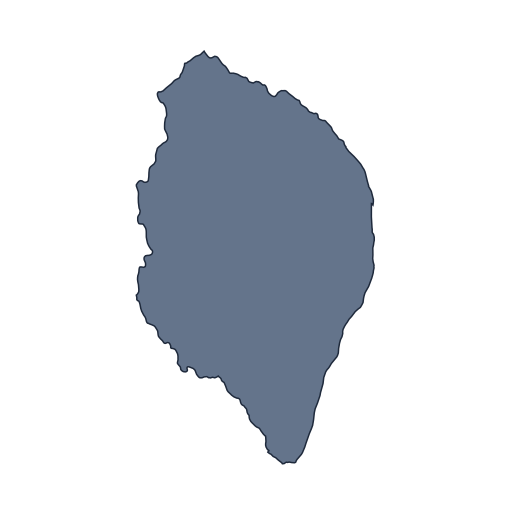 the district of Santana, Boyacá, Colombia, rotated 352°
{"feature_id": "7082276B99555261939009", "entity_name": "Santana", "entity_type": "district", "adm_level": 2, "iso_a3": "COL", "parent_name": "Colombia", "parent_adm1": "Boyacá", "projection": "equal_earth", "projection_center": [-73.497, 6.055], "detail": "fine", "context": "isolated", "style": "filled", "palette": "slate", "viewbox_px": 512, "rotation_deg": 352, "n_neighbors": 0, "source": "geoboundaries", "source_scale": "gbopen_adm2", "svg_char_len": 6076}
<svg xmlns="http://www.w3.org/2000/svg" viewBox="0 0 512 512"><g transform="rotate(352 256 256)"><path d="M360.2,160.1L359.6,159.4L359.0,157.7L358.8,155.3L358.2,154.2L357.0,153.2L354.2,151.6L352.7,148.1L351.1,145.7L349.5,143.0L349.0,141.5L348.7,139.8L348.1,138.4L344.6,133.6L343.7,132.1L342.9,131.4L340.9,131.1L338.2,129.6L337.2,128.6L336.8,127.6L336.9,126.2L336.7,124.5L336.2,123.7L335.2,123.0L333.6,123.1L332.7,122.9L330.8,121.6L329.9,121.4L328.9,120.6L328.0,119.6L327.6,118.3L326.8,117.0L326.0,116.0L322.8,113.5L321.8,112.5L321.1,111.1L320.9,109.5L320.4,108.0L318.7,107.2L316.6,105.5L314.5,103.1L311.2,99.8L309.0,97.0L307.9,96.3L306.6,96.1L305.6,96.1L304.5,95.8L303.4,96.0L301.3,96.9L300.1,97.7L299.1,99.0L297.4,100.5L296.0,100.6L294.5,99.9L293.5,99.1L291.4,96.7L290.8,95.4L290.3,94.0L290.2,92.1L289.6,89.9L289.0,88.5L288.2,87.8L286.5,87.6L285.5,86.6L284.5,85.3L282.8,83.8L282.2,83.9L281.1,83.3L280.0,83.3L277.4,84.3L276.0,83.8L273.9,82.8L273.1,82.1L271.9,78.8L270.4,77.6L269.5,77.6L268.2,77.2L265.8,75.7L263.2,73.6L261.4,72.7L259.0,71.8L256.2,71.5L255.3,71.0L253.9,67.5L252.6,64.8L251.8,63.6L250.3,62.3L249.1,60.7L246.0,54.5L245.3,53.6L244.4,53.0L242.9,52.5L239.8,53.6L238.2,53.5L237.3,53.0L236.2,51.8L233.7,47.4L233.1,45.9L228.9,48.9L227.1,49.4L224.3,49.8L221.8,51.0L217.9,53.5L215.3,54.5L214.3,55.2L213.5,55.4L212.8,55.2L212.3,55.3L212.0,55.8L211.6,57.7L209.1,62.7L208.4,64.0L206.8,65.6L206.2,66.5L205.7,67.9L205.2,68.6L204.3,69.2L201.5,70.1L199.6,70.9L196.5,73.5L190.5,77.1L186.9,79.6L184.7,80.2L183.9,80.2L182.7,79.9L181.9,80.1L181.0,81.3L180.8,82.6L180.9,84.2L181.4,86.4L181.9,88.0L182.8,89.9L183.8,90.9L185.0,91.2L185.9,92.6L186.7,94.4L187.2,96.1L187.4,97.7L187.3,102.9L187.0,104.6L186.6,105.5L185.5,107.0L185.1,108.2L184.1,111.5L183.5,114.8L183.2,117.5L183.7,119.3L184.9,122.9L185.2,126.1L184.8,127.9L184.2,128.9L183.0,130.1L181.7,130.7L180.4,131.1L179.0,131.8L177.7,132.8L174.8,134.5L173.3,135.7L170.8,141.6L170.5,142.9L170.2,146.6L169.9,148.1L167.9,150.6L164.2,152.8L163.2,153.8L162.5,155.0L161.6,158.5L160.9,162.5L160.4,164.3L159.9,166.1L159.3,167.0L157.9,167.6L156.2,167.6L154.9,167.0L153.8,165.9L152.8,165.5L151.8,165.3L150.4,165.8L148.9,167.1L147.4,168.9L147.3,170.2L148.4,175.8L148.3,178.0L147.5,182.2L147.0,186.6L146.9,192.2L147.5,194.7L147.4,195.9L146.9,197.2L146.4,198.5L145.5,199.2L144.6,200.5L144.2,201.6L143.8,204.6L144.1,206.3L144.5,207.5L145.4,208.0L148.3,208.6L148.9,209.1L150.4,212.6L150.7,213.8L150.8,215.0L150.7,216.8L150.0,222.1L150.1,224.7L150.4,228.3L151.2,230.9L151.9,232.6L153.1,235.0L153.9,235.8L154.2,236.6L154.1,237.8L153.5,239.2L152.4,240.0L150.3,240.5L148.6,240.3L146.7,240.4L145.7,241.1L145.1,241.8L144.7,243.3L144.8,244.6L145.2,245.9L145.6,247.5L145.4,249.6L144.9,251.0L143.3,251.6L141.0,250.9L139.6,250.7L138.9,251.4L138.4,252.8L137.8,255.5L137.1,257.4L136.2,259.2L135.7,261.1L135.4,262.9L135.4,265.3L135.6,268.0L135.3,273.0L134.9,275.1L133.8,276.6L132.9,277.6L132.0,278.1L132.2,280.6L131.9,282.4L132.1,283.1L132.7,283.8L133.4,284.1L133.8,284.7L134.1,285.8L134.4,287.8L134.6,291.9L135.1,294.7L136.5,298.7L137.6,300.9L138.1,302.5L138.4,305.5L138.8,306.8L139.4,307.5L140.1,307.7L141.0,308.4L143.6,309.8L145.1,310.8L145.7,311.3L146.3,312.2L147.8,315.5L148.1,316.4L148.2,317.4L148.1,320.4L148.2,321.7L148.5,322.5L150.0,324.9L151.6,326.9L152.7,329.2L153.6,329.8L154.2,329.9L154.7,329.8L155.9,329.4L156.5,329.4L157.6,329.8L158.3,330.7L158.8,332.3L159.0,333.2L158.8,334.8L159.2,335.6L160.7,336.0L162.5,336.9L163.0,337.5L163.5,338.3L164.6,341.5L164.8,342.8L164.8,344.4L164.3,348.1L163.4,350.5L163.3,351.3L163.4,351.7L164.2,353.1L165.5,355.1L165.7,356.0L165.7,357.7L165.9,358.3L166.9,359.6L168.0,360.4L169.7,360.9L170.6,360.9L171.5,360.5L171.8,360.3L172.1,359.8L172.2,359.1L172.0,357.7L172.3,356.6L173.0,356.2L174.0,356.3L178.1,358.6L179.4,360.1L179.8,361.0L180.7,364.9L181.8,366.9L182.7,368.2L183.3,368.7L184.6,369.0L185.7,369.1L187.9,368.5L190.5,368.6L191.1,369.0L192.0,369.9L192.5,369.9L193.9,370.4L196.0,370.0L198.3,370.9L200.5,370.3L201.9,369.6L202.3,370.3L203.7,371.7L204.2,372.5L204.4,373.2L204.5,374.0L204.8,374.8L205.4,375.6L206.8,376.8L207.8,380.5L208.6,384.4L208.8,385.2L209.6,386.7L211.8,389.4L212.4,390.3L214.5,392.4L217.1,394.0L218.8,394.5L219.8,395.4L220.2,396.7L220.3,398.1L220.5,399.4L220.9,400.6L221.6,401.6L223.0,402.6L223.5,403.2L223.9,404.1L225.0,405.7L225.3,406.4L225.4,407.1L225.5,409.5L225.9,411.1L227.0,412.9L226.8,414.6L226.9,416.5L227.8,419.0L228.8,420.5L231.6,424.2L232.8,425.4L234.7,426.6L235.4,427.2L236.2,428.8L236.5,429.7L238.5,433.4L239.9,435.3L240.4,435.6L240.4,436.8L240.1,440.5L239.9,441.8L239.6,442.4L239.3,444.0L239.2,444.8L239.3,445.7L239.4,446.6L240.4,449.2L240.6,449.5L241.4,450.0L241.7,450.7L241.0,451.1L240.4,451.9L241.8,453.4L243.3,454.4L245.1,456.9L247.2,458.3L248.2,459.3L248.5,459.8L249.6,461.1L252.8,464.4L253.1,465.3L253.5,465.5L255.3,465.4L256.4,464.7L257.4,464.4L258.4,464.8L259.7,464.7L260.3,464.7L263.1,465.7L263.8,465.7L265.0,466.1L265.9,466.0L266.6,465.7L267.5,464.1L268.4,463.1L273.3,458.8L274.6,457.2L277.7,452.0L279.2,448.8L284.1,439.3L286.8,434.8L288.5,431.6L290.2,426.2L291.9,419.4L293.3,415.6L296.4,410.2L299.9,403.2L300.9,400.2L304.6,391.7L306.2,385.7L308.9,380.4L310.6,378.4L312.1,377.2L313.4,375.8L315.7,372.9L322.0,367.1L322.9,365.8L324.0,363.6L325.0,358.9L326.6,353.9L328.1,350.5L329.9,347.9L331.1,344.9L331.3,342.8L332.0,340.8L334.0,337.8L335.4,336.1L337.2,334.2L339.3,331.6L342.2,329.2L346.5,324.9L349.8,322.7L352.2,321.4L353.8,319.4L355.5,317.0L356.7,312.6L357.6,310.2L358.9,307.5L363.3,301.8L367.5,294.1L368.8,291.2L369.7,289.0L370.2,287.0L371.2,284.3L371.3,282.5L371.6,281.6L371.2,278.1L371.2,274.8L371.9,271.3L372.8,264.2L373.9,261.4L374.6,258.8L375.3,256.9L375.7,253.8L375.4,250.9L374.6,249.4L374.4,248.5L374.8,245.7L374.8,244.2L375.7,233.3L377.6,220.1L378.0,220.3L378.9,221.8L379.3,220.5L379.8,218.5L380.1,216.3L379.2,208.1L378.6,206.3L377.1,202.6L377.3,202.1L376.7,197.9L375.9,189.8L375.6,187.6L374.9,185.2L374.1,183.6L372.5,179.7L370.0,175.7L366.9,171.1L362.4,165.4L360.2,161.3L360.1,160.8L360.2,160.1Z" fill="#64748b" stroke="#1e293b" stroke-width="1.5"/></g></svg>